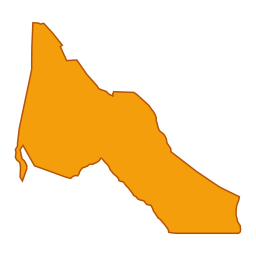 the district of Limoeiro do Norte, Ceará, Brazil
{"feature_id": "56859067B58683288686996", "entity_name": "Limoeiro do Norte", "entity_type": "district", "adm_level": 2, "iso_a3": "BRA", "parent_name": "Brazil", "parent_adm1": "Ceará", "projection": "equal_earth", "projection_center": [-38.048, -5.136], "detail": "fine", "context": "isolated", "style": "filled", "palette": "amber", "viewbox_px": 256, "rotation_deg": 0, "n_neighbors": 0, "source": "geoboundaries", "source_scale": "gbopen_adm2", "svg_char_len": 1877}
<svg xmlns="http://www.w3.org/2000/svg" viewBox="0 0 256 256"><path d="M106.4,91.5L100.9,89.6L98.7,88.6L96.9,85.7L86.8,74.4L76.8,60.0L66.6,60.6L60.3,46.6L62.3,45.2L53.2,33.8L43.9,23.5L42.4,23.5L40.5,24.1L38.3,23.0L36.8,23.0L35.0,22.9L32.9,22.7L31.9,46.3L31.7,62.1L31.7,69.4L23.4,108.8L19.2,128.8L17.5,143.5L17.5,146.3L16.3,148.0L15.4,149.8L16.0,152.1L15.7,154.6L15.4,157.4L16.6,159.7L17.9,161.0L19.2,161.8L20.1,163.8L20.5,167.3L20.1,177.0L22.4,181.0L26.7,169.0L26.8,165.8L25.6,163.0L24.4,160.9L22.0,158.7L20.1,149.6L23.0,145.4L34.5,165.8L55.1,173.2L62.1,175.8L66.7,177.4L70.7,178.4L72.3,176.8L74.1,175.9L75.6,175.5L77.6,175.8L78.8,174.3L79.7,171.6L81.1,169.5L82.6,167.8L84.9,167.1L87.6,166.0L89.3,164.4L91.2,164.1L92.9,164.4L94.1,163.4L95.8,162.8L97.7,161.8L99.5,160.3L100.8,158.1L102.5,159.1L104.4,161.6L106.5,163.7L107.8,165.0L109.0,166.9L110.2,169.8L113.4,173.7L115.7,175.6L117.0,176.8L118.3,178.2L118.9,180.4L120.3,181.4L122.5,181.5L124.1,182.9L125.4,184.8L126.7,186.3L128.3,187.9L130.1,190.2L131.1,191.6L132.2,193.0L133.3,194.9L134.5,196.0L136.1,196.7L137.9,199.0L139.8,199.9L141.5,200.3L143.6,200.7L145.2,202.5L146.7,204.4L148.5,204.8L151.0,205.4L152.7,208.6L153.3,210.7L156.7,215.7L158.0,217.8L160.3,219.5L162.5,222.2L164.3,224.2L166.1,226.5L168.1,229.4L168.9,232.4L176.0,233.3L238.5,233.3L240.3,231.8L240.6,229.5L240.2,225.7L238.3,222.8L237.4,221.0L237.0,218.7L236.0,214.8L236.2,209.2L236.7,205.7L238.7,200.2L239.4,196.8L220.6,187.6L216.2,184.8L196.8,171.7L171.0,151.8L170.7,148.4L168.5,145.3L167.1,143.1L166.7,141.3L166.3,138.7L165.3,136.7L163.9,134.4L162.6,133.2L161.1,132.2L159.3,130.5L158.3,127.9L157.6,125.7L157.1,123.4L156.2,120.4L156.2,117.7L155.3,115.0L154.2,113.1L153.2,111.2L151.6,109.5L150.1,107.1L148.6,105.2L137.6,95.2L136.1,94.0L133.7,92.4L113.7,91.7L112.8,93.8L112.9,96.0L108.4,93.8L106.4,91.5Z" fill="#f59e0b" stroke="#b45309" stroke-width="1.5"/></svg>